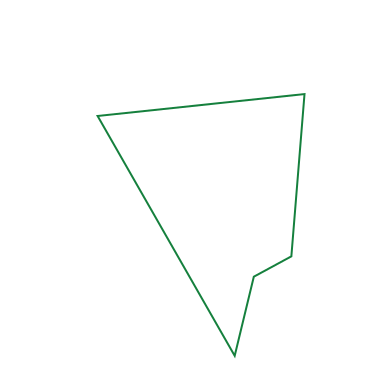 an SVG outline of Les Mamelles, rotated 203°
{"feature_id": "SYC-5221", "entity_name": "Les Mamelles", "entity_type": "state/province", "adm_level": 1, "iso_a3": "SYC", "parent_name": "Seychelles", "parent_adm1": "", "projection": "mercator", "projection_center": [55.479, -4.656], "detail": "fine", "context": "isolated", "style": "outline", "palette": "green", "viewbox_px": 384, "rotation_deg": 203, "n_neighbors": 0, "source": "natural_earth", "source_scale": "10m", "svg_char_len": 247}
<svg xmlns="http://www.w3.org/2000/svg" viewBox="0 0 384 384"><g transform="rotate(203 192 192)"><path d="M126.7,326.1L75.4,171.6L102.0,138.2L88.7,57.9L308.6,225.1L206.1,282.0L126.7,326.1Z" fill="none" stroke="#15803d" stroke-width="2"/></g></svg>